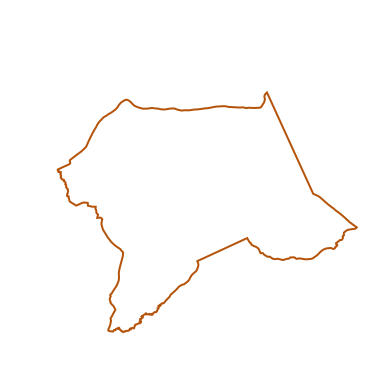 the district of Sesan, Stœng Trêng, Cambodia, rotated 65°
{"feature_id": "14789045B73389269548404", "entity_name": "Sesan", "entity_type": "district", "adm_level": 2, "iso_a3": "KHM", "parent_name": "Cambodia", "parent_adm1": "Stœng Trêng", "projection": "equal_earth", "projection_center": [106.435, 13.605], "detail": "fine", "context": "isolated", "style": "outline", "palette": "amber", "viewbox_px": 384, "rotation_deg": 65, "n_neighbors": 0, "source": "geoboundaries", "source_scale": "gbopen_adm2", "svg_char_len": 6007}
<svg xmlns="http://www.w3.org/2000/svg" viewBox="0 0 384 384"><g transform="rotate(65 192 192)"><path d="M188.4,288.6L197.1,287.6L201.4,286.7L203.6,286.1L207.2,284.7L209.7,283.4L213.1,281.3L217.8,280.0L221.0,281.9L230.1,289.5L232.1,291.0L234.7,292.7L238.3,294.1L240.9,295.6L243.0,297.5L245.4,300.4L249.0,306.3L249.9,307.4L250.1,307.9L250.2,308.9L251.1,309.8L251.8,309.8L252.1,309.7L252.4,309.9L252.7,310.4L253.1,310.7L253.7,311.4L254.6,312.0L257.0,312.2L257.8,312.7L259.9,312.2L262.4,311.3L263.6,311.3L265.3,311.2L266.3,311.2L266.9,311.9L268.2,313.8L271.0,317.4L271.6,318.3L271.7,318.8L272.2,319.3L274.5,319.8L277.6,322.1L278.8,323.2L281.5,326.2L282.2,326.4L283.0,325.8L283.7,324.9L284.1,324.4L284.2,323.9L284.7,323.3L285.0,322.7L284.8,322.6L284.6,321.4L284.2,321.1L284.3,320.6L284.7,320.2L284.8,319.8L284.3,319.5L284.1,319.0L284.0,318.2L284.1,317.7L284.5,317.4L284.9,316.7L284.6,316.3L284.1,316.3L283.9,316.0L284.0,315.7L284.4,315.5L284.7,315.8L284.9,315.8L285.6,315.4L286.0,315.5L286.9,315.3L287.7,314.6L288.1,314.8L288.5,314.7L288.6,314.3L288.8,314.1L289.9,313.6L290.1,313.3L289.7,312.1L290.1,311.5L290.2,311.2L290.0,310.9L290.2,309.8L290.5,309.5L290.9,308.3L290.9,307.8L290.5,307.2L290.6,305.5L290.4,305.5L290.2,306.0L289.7,306.0L289.6,305.4L290.0,304.4L290.0,303.6L290.1,303.2L290.5,302.5L291.0,302.3L290.7,301.7L289.4,300.9L289.1,300.2L288.7,300.0L288.7,299.6L288.3,299.2L288.6,297.7L288.5,297.2L288.5,296.9L288.7,296.0L288.4,294.8L288.7,294.6L289.0,294.2L288.1,293.0L287.8,292.9L287.6,293.0L287.6,293.3L287.1,293.9L286.6,293.3L286.1,293.1L286.2,292.6L286.1,292.4L285.9,292.3L285.3,292.5L285.4,291.3L285.1,290.8L285.0,289.7L284.7,289.5L284.1,289.9L284.0,289.6L283.9,289.6L283.4,290.1L283.2,289.7L283.6,289.0L283.2,288.3L283.0,287.3L282.9,286.9L283.1,286.2L283.0,285.8L282.6,285.5L282.5,285.0L282.7,284.8L283.6,285.0L283.8,284.8L284.0,283.9L284.2,283.4L284.5,283.2L284.6,282.9L284.6,282.3L285.1,282.3L285.3,282.1L285.0,281.2L285.1,280.9L285.4,280.7L285.9,280.7L286.2,280.6L286.4,280.2L286.5,279.8L285.9,279.6L285.5,279.0L285.7,278.2L285.4,277.8L285.1,276.9L285.3,276.0L285.7,275.5L285.7,275.2L285.3,274.2L284.6,273.8L284.3,273.1L283.7,272.5L282.9,272.3L283.2,271.4L282.2,270.7L281.9,270.4L281.3,270.7L281.1,270.7L281.0,270.4L281.2,270.1L281.5,270.0L281.8,269.4L281.8,269.0L281.6,268.8L281.3,268.7L280.9,269.2L280.7,268.9L280.6,267.9L280.9,267.4L280.4,266.8L280.3,266.4L280.2,266.0L280.8,265.0L280.8,264.5L279.4,261.8L277.7,257.1L277.3,256.4L276.4,255.3L276.0,254.5L274.6,249.7L273.4,246.4L272.3,244.0L271.8,240.4L272.2,238.9L272.2,237.9L271.2,233.5L270.6,232.1L267.9,228.5L267.1,227.1L266.5,225.4L265.4,221.6L264.6,220.3L262.3,218.1L260.8,217.0L259.6,216.6L256.9,216.4L257.1,161.5L260.8,161.2L262.0,161.0L263.5,160.2L264.1,160.4L265.0,160.3L265.8,159.8L269.2,156.9L270.4,156.1L271.7,155.7L272.6,155.6L276.0,155.8L276.5,155.6L276.9,154.4L277.5,153.5L278.8,153.3L280.4,152.5L281.2,151.8L282.1,151.3L282.7,150.7L283.4,149.0L283.8,148.6L284.9,148.1L286.5,147.0L287.3,146.1L288.1,144.8L288.7,142.5L291.1,139.6L292.2,138.0L292.7,134.3L293.3,132.3L293.3,131.8L292.8,130.8L294.0,127.8L294.2,127.2L294.8,126.9L295.2,126.3L296.5,125.8L296.7,125.6L297.0,125.0L297.6,122.4L299.7,119.6L301.1,117.3L302.5,113.7L302.9,112.4L303.2,110.4L302.8,109.0L302.4,106.4L302.0,104.7L300.4,100.6L300.1,99.2L299.8,97.7L299.8,95.9L299.9,94.2L301.3,90.0L302.0,89.2L302.7,88.7L303.5,87.5L303.6,87.0L303.3,86.3L302.4,85.3L302.5,84.6L302.0,84.1L302.0,83.7L302.0,83.1L301.7,82.9L301.4,83.0L301.3,82.8L301.1,82.8L300.8,83.1L300.2,83.3L299.8,83.1L299.5,83.2L299.2,83.0L299.0,82.0L298.7,80.7L298.6,80.0L298.3,79.2L298.1,77.9L298.6,77.1L298.7,76.6L298.2,75.5L297.1,74.4L295.9,74.2L295.6,73.7L295.5,72.8L295.2,72.4L294.6,72.4L293.0,71.5L292.6,70.0L292.1,67.4L292.4,65.6L294.1,60.2L294.2,59.6L294.0,58.2L293.7,57.6L285.6,62.1L284.3,62.5L276.1,66.0L272.2,68.0L269.9,69.3L266.9,70.6L265.4,71.5L260.3,74.1L250.7,78.3L248.9,79.4L244.9,82.9L133.5,82.0L134.2,84.0L135.1,85.4L135.9,85.9L136.9,86.3L139.0,86.8L139.6,87.4L141.1,88.6L142.7,91.1L143.6,92.3L143.8,93.1L144.4,93.9L144.2,95.1L142.0,100.4L139.6,105.0L139.1,106.8L138.6,107.8L137.0,109.7L135.6,113.1L130.2,123.2L128.7,124.9L127.3,127.7L124.8,134.0L123.7,138.3L122.9,141.6L121.2,146.3L120.7,148.4L119.4,152.2L118.1,155.5L116.9,159.6L116.4,160.9L115.1,163.4L113.7,167.2L111.0,170.6L108.8,172.8L107.7,175.1L106.4,179.1L106.1,180.7L105.5,182.2L104.5,184.2L103.7,185.5L103.1,186.2L101.7,188.1L101.1,189.4L100.2,190.7L99.2,192.3L98.5,193.9L98.1,195.6L97.6,197.1L96.1,200.5L95.5,201.6L92.5,205.1L90.2,207.1L89.2,207.9L84.9,209.5L82.9,210.3L81.3,211.5L80.5,212.8L80.4,215.0L80.9,218.3L81.2,219.2L82.2,221.4L83.6,223.5L84.9,226.4L85.9,231.6L86.2,235.0L86.6,237.1L86.9,240.4L89.4,246.9L91.2,249.7L92.8,251.7L94.7,254.7L99.1,260.4L102.4,264.4L106.2,268.7L106.9,270.4L108.4,274.9L109.7,281.2L111.3,288.4L111.7,289.4L112.2,289.7L113.4,289.8L114.4,290.2L114.9,290.9L115.0,293.0L114.9,295.9L114.9,303.9L115.4,304.5L115.7,304.6L116.4,304.3L116.4,303.9L117.5,304.5L118.1,303.8L118.3,302.8L118.5,302.5L119.2,303.0L119.4,302.9L119.6,303.0L120.3,303.8L120.7,303.9L121.5,303.6L122.3,304.2L123.0,304.3L123.1,304.6L123.4,304.8L123.7,304.9L124.0,304.7L124.7,304.7L125.4,304.3L125.9,304.3L126.1,304.1L126.5,303.2L126.8,303.0L127.3,302.9L127.9,303.2L128.1,303.5L128.4,303.4L128.8,303.0L129.6,302.6L130.7,302.9L131.0,303.3L131.4,303.6L131.6,303.5L131.7,303.1L132.4,303.1L132.9,303.2L134.0,303.9L134.6,304.1L135.3,303.9L135.9,303.6L136.2,303.7L137.0,303.3L138.2,303.8L138.7,304.1L139.1,304.1L140.1,304.8L140.6,305.3L140.9,305.9L141.5,306.0L142.7,306.9L143.2,306.8L143.7,306.0L144.0,305.6L145.2,306.2L146.2,306.3L148.2,306.8L148.8,306.8L150.3,306.0L155.1,302.9L155.4,302.5L155.5,302.0L155.4,297.9L155.5,295.9L155.9,294.2L156.2,293.8L157.8,291.1L160.4,292.1L162.9,289.0L164.7,285.5L166.4,286.6L168.3,286.5L170.4,287.5L172.7,286.7L175.4,288.8L176.3,286.3L176.6,285.9L177.2,285.3L178.5,284.8L179.1,285.0L180.0,285.9L182.4,287.4L182.8,287.7L184.6,288.0L188.4,288.6Z" fill="none" stroke="#b45309" stroke-width="2"/></g></svg>